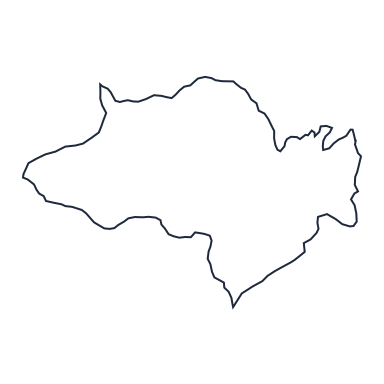 Klavdia, Larnaca, Cyprus
{"feature_id": "46923920B5144996201228", "entity_name": "Klavdia", "entity_type": "district", "adm_level": 2, "iso_a3": "CYP", "parent_name": "Cyprus", "parent_adm1": "Larnaca", "projection": "natural_earth1", "projection_center": [33.518, 34.889], "detail": "fine", "context": "isolated", "style": "outline", "palette": "slate", "viewbox_px": 384, "rotation_deg": 0, "n_neighbors": 0, "source": "geoboundaries", "source_scale": "gbopen_adm2", "svg_char_len": 2195}
<svg xmlns="http://www.w3.org/2000/svg" viewBox="0 0 384 384"><path d="M100.2,84.4L100.4,92.6L100.3,98.8L102.2,105.4L106.2,113.0L103.4,120.3L101.2,126.7L98.8,132.5L92.1,137.4L83.0,143.6L75.5,145.5L65.3,146.6L55.5,151.6L45.6,154.3L36.6,158.6L28.5,163.1L23.5,174.1L23.0,177.6L27.6,179.4L34.0,184.4L36.6,189.9L39.2,193.6L43.7,196.1L46.0,201.0L54.0,202.8L61.6,204.3L65.3,206.1L71.9,206.8L81.9,210.0L86.2,213.4L90.3,218.1L94.0,222.3L99.0,225.3L104.3,228.4L109.7,228.9L114.4,228.1L118.4,224.9L124.2,221.5L128.4,218.3L135.0,217.0L142.8,217.3L148.6,216.8L155.7,217.6L160.5,220.2L161.4,224.5L165.1,228.8L168.6,234.2L173.7,236.3L179.4,237.7L184.9,237.0L190.9,237.2L195.1,232.4L202.2,233.5L205.1,234.1L209.8,235.7L211.6,240.6L210.5,246.4L208.6,251.5L207.7,258.8L210.4,264.2L212.0,271.8L214.4,277.4L223.9,282.6L224.3,287.6L228.6,291.7L231.4,297.8L232.4,303.6L233.1,307.1L241.8,293.4L249.2,288.7L252.2,286.7L262.4,281.1L267.5,275.9L274.7,271.2L281.7,267.3L291.3,262.1L294.7,259.9L304.7,251.9L303.8,243.1L310.6,239.4L316.6,232.9L318.5,228.8L317.4,222.7L318.0,216.9L327.0,214.1L335.7,219.1L342.3,224.2L349.9,226.4L353.5,226.0L356.7,221.6L356.3,213.4L354.6,205.2L351.0,199.4L354.4,193.5L358.0,191.4L357.8,191.0L354.8,184.9L355.2,176.9L357.1,172.3L358.2,168.0L361.0,156.3L358.0,153.1L355.0,144.5L355.7,140.6L355.2,140.5L354.2,135.7L352.6,129.7L350.5,129.6L346.3,135.8L342.9,137.7L338.9,139.4L333.7,143.4L329.3,148.3L323.2,150.0L322.8,146.2L323.3,140.9L325.5,136.4L329.8,132.4L332.0,127.9L326.4,125.9L320.7,126.4L319.3,131.9L314.8,136.3L314.5,132.5L311.7,130.6L308.0,135.3L305.5,134.8L300.0,139.1L296.9,137.1L290.9,136.8L286.9,139.2L285.2,142.5L284.5,146.2L280.3,151.3L277.4,149.6L275.4,145.1L274.8,142.2L274.1,138.2L274.2,131.0L271.6,125.9L268.4,119.2L264.5,113.5L258.7,110.7L256.5,103.3L251.1,99.4L248.3,94.1L245.0,89.6L241.0,87.8L236.3,84.1L233.3,81.4L222.0,81.2L215.5,80.2L211.5,78.1L205.1,76.9L198.0,78.5L194.7,81.4L190.3,85.4L185.8,86.3L184.0,86.8L179.6,90.4L175.5,94.8L171.6,98.1L166.4,97.1L161.6,95.9L154.0,95.2L145.9,99.1L138.2,101.7L132.9,101.4L127.9,100.2L124.2,100.9L119.9,102.0L115.4,100.8L114.5,99.2L110.6,92.1L107.7,88.7L102.2,86.2L100.2,84.4Z" fill="none" stroke="#1e293b" stroke-width="2"/></svg>